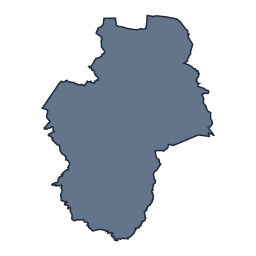 outline of Cotija, Michoacán, Mexico
{"feature_id": "50627088B95001723612139", "entity_name": "Cotija", "entity_type": "district", "adm_level": 2, "iso_a3": "MEX", "parent_name": "Mexico", "parent_adm1": "Michoacán", "projection": "albers", "projection_center": [-102.699, 19.751], "detail": "fine", "context": "isolated", "style": "filled", "palette": "slate", "viewbox_px": 256, "rotation_deg": 0, "n_neighbors": 0, "source": "geoboundaries", "source_scale": "gbopen_adm2", "svg_char_len": 5714}
<svg xmlns="http://www.w3.org/2000/svg" viewBox="0 0 256 256"><path d="M114.7,240.2L116.0,240.1L116.5,240.6L117.7,240.6L117.8,240.2L117.3,239.2L117.7,238.9L119.3,238.6L120.0,239.1L120.8,239.1L121.6,238.8L122.4,237.9L124.0,238.6L125.2,238.7L127.1,238.3L127.9,239.0L128.2,237.6L129.2,237.6L129.8,237.2L134.0,233.2L134.1,232.2L134.7,231.8L134.7,231.0L135.8,230.0L135.4,228.4L135.8,228.1L136.8,228.5L137.7,227.7L139.0,227.8L139.6,225.8L140.9,225.8L141.1,224.0L141.9,223.5L141.9,221.4L143.0,221.6L145.0,220.3L145.2,218.5L145.7,218.2L145.0,216.5L145.3,216.0L144.3,212.3L145.3,211.3L145.7,210.5L146.8,210.4L146.8,209.9L146.2,209.1L147.5,207.7L147.5,206.9L149.6,204.8L150.1,205.0L150.8,203.8L150.7,203.4L150.9,203.1L152.3,201.6L152.0,200.4L153.2,199.4L152.8,198.1L152.9,197.4L153.4,196.8L153.1,194.4L152.5,193.6L152.5,192.7L151.8,192.2L151.8,191.4L152.2,190.5L152.8,190.1L152.4,189.9L152.3,189.3L152.6,189.0L152.6,188.3L153.4,185.8L153.1,184.3L153.8,184.0L155.0,183.0L155.3,182.6L155.5,181.5L155.2,180.1L154.2,179.4L154.1,179.0L154.3,178.1L153.8,177.7L153.9,176.8L153.5,175.3L153.5,173.6L154.6,171.7L155.5,171.0L156.5,170.6L160.7,164.0L160.2,163.8L159.7,163.1L159.3,161.8L159.3,160.0L157.4,158.6L156.2,156.7L155.6,154.5L155.5,151.6L155.2,150.9L156.3,150.6L160.7,150.6L161.8,150.3L163.2,151.1L164.2,150.9L164.7,150.1L167.5,148.1L168.1,146.6L168.5,144.6L169.7,144.4L171.8,145.2L172.8,145.4L174.4,145.0L197.4,135.3L198.7,135.0L209.3,136.4L208.5,133.1L211.8,134.2L213.1,135.1L213.7,135.2L212.5,133.2L208.2,127.7L210.5,126.5L212.3,123.8L212.2,121.7L210.6,118.6L210.6,112.9L211.2,112.9L208.1,111.3L206.6,109.5L206.6,108.0L205.7,105.8L203.3,103.0L203.7,98.8L202.0,94.5L202.5,94.5L202.5,93.6L208.2,93.3L208.8,91.4L208.0,90.5L205.7,90.0L205.3,89.6L204.5,88.6L197.8,86.4L197.8,86.1L198.5,84.3L198.8,83.7L199.3,83.4L197.4,83.1L197.1,82.2L196.7,81.5L197.0,81.3L196.5,80.7L196.2,79.5L197.0,79.0L197.2,78.3L198.1,77.3L198.1,76.7L198.6,76.3L198.6,75.5L199.1,73.8L199.1,73.4L198.0,73.1L198.2,72.3L198.0,70.9L196.4,70.8L196.4,70.3L195.4,69.5L195.3,68.8L193.8,68.8L192.3,67.3L192.2,67.0L191.4,66.7L189.7,65.4L185.8,63.7L183.9,63.2L187.6,61.0L187.5,59.2L187.9,58.1L188.8,56.9L189.2,55.6L190.3,54.6L190.5,53.8L190.7,51.0L192.7,44.3L189.4,39.2L188.0,36.4L188.4,35.3L188.2,35.0L189.1,34.4L189.0,34.1L187.9,34.0L187.8,32.8L187.5,31.9L187.8,31.0L187.6,30.4L185.9,29.3L179.8,21.2L179.2,21.4L178.3,20.1L176.6,18.9L165.6,16.8L156.0,15.8L153.8,16.5L148.3,15.7L147.3,15.4L147.3,16.5L147.0,17.0L147.0,20.7L146.5,23.8L146.5,26.5L145.9,27.3L146.1,28.1L144.9,28.9L143.0,29.4L141.5,28.6L136.6,29.9L127.2,28.4L122.3,26.9L119.4,26.6L116.4,25.5L115.4,18.2L104.0,18.3L103.2,24.6L101.0,26.7L98.1,28.1L98.2,28.6L96.6,31.6L96.2,33.3L99.7,35.8L101.6,36.4L101.2,38.2L101.4,38.8L102.2,39.1L102.3,39.9L101.5,40.7L101.0,41.7L101.4,43.4L101.5,46.9L102.0,47.8L102.8,48.6L103.7,50.2L104.7,51.3L104.7,52.3L104.4,52.7L102.7,54.1L101.9,54.4L101.9,55.0L101.3,56.3L101.4,56.6L95.7,58.7L91.4,66.2L90.3,66.2L89.6,66.6L88.8,66.3L88.6,66.4L89.6,67.4L89.7,67.9L91.2,67.9L92.1,69.4L91.7,69.7L92.0,70.2L92.8,70.3L92.7,70.4L93.2,70.7L94.3,71.0L94.4,71.3L94.4,73.4L95.8,74.7L95.4,75.4L97.0,76.5L98.5,78.7L98.2,79.4L98.3,80.0L96.6,80.0L96.6,80.6L94.7,81.2L94.7,81.8L94.3,82.9L94.1,82.7L92.7,82.9L91.3,82.2L90.9,82.3L90.8,81.3L90.5,81.2L90.1,81.7L88.7,81.8L88.1,81.6L87.5,81.8L87.3,81.4L85.3,84.4L84.7,84.8L84.6,85.9L83.3,85.5L82.0,84.3L80.5,84.9L78.8,85.0L77.9,84.3L77.1,84.8L76.6,84.3L76.7,84.1L75.1,83.5L73.7,82.4L70.7,82.4L69.9,81.7L69.2,82.2L68.7,82.1L67.8,81.4L67.4,80.7L66.5,80.3L65.8,80.6L64.9,81.7L64.0,81.9L61.3,81.3L61.0,81.5L61.0,82.0L59.9,82.4L42.3,108.2L47.0,109.7L47.7,111.1L47.5,113.0L46.6,115.7L46.7,116.8L47.3,118.4L49.6,120.9L49.9,121.8L49.4,122.8L48.6,122.9L47.6,124.3L45.8,126.3L45.7,127.0L44.3,127.6L44.1,128.1L44.5,129.0L45.9,129.2L47.3,129.0L48.2,128.3L50.1,127.9L52.3,126.8L53.2,127.4L53.0,129.6L53.3,130.4L54.1,131.0L54.1,131.5L53.6,131.3L53.2,132.1L52.0,132.3L51.1,132.9L50.6,133.6L49.4,134.1L49.4,133.9L48.9,134.2L48.4,135.6L50.4,136.2L50.6,136.1L51.1,136.4L51.5,137.4L52.5,137.7L52.2,138.6L52.6,138.9L52.2,139.4L52.5,140.3L54.0,141.6L57.1,144.7L58.9,145.0L59.0,145.8L59.6,146.4L60.0,147.3L59.8,149.6L60.1,150.6L61.4,153.0L62.8,154.4L64.1,155.1L65.2,156.1L65.3,156.6L66.0,156.8L65.7,159.0L66.1,159.2L66.2,159.7L66.1,160.0L66.9,160.0L68.4,160.8L68.5,161.3L69.6,162.9L69.5,164.8L69.2,165.4L68.9,165.5L68.5,166.6L67.7,167.5L67.9,167.9L68.5,168.3L68.3,169.7L66.2,170.0L62.9,172.9L63.2,173.7L63.0,173.9L61.3,174.7L62.5,175.9L59.6,177.0L59.4,177.4L59.1,177.5L58.8,178.0L58.9,178.4L58.2,179.2L58.0,181.5L57.6,182.4L56.3,182.7L55.6,182.6L52.8,183.7L51.9,184.8L52.3,185.3L53.4,185.3L54.4,184.8L55.6,184.8L55.9,185.3L55.6,185.9L56.1,186.1L56.9,185.4L58.9,185.9L60.5,185.6L61.2,185.0L62.1,186.1L61.6,187.2L61.0,187.9L62.1,189.9L61.9,192.2L61.2,193.2L60.7,194.8L60.7,196.4L61.5,197.4L61.1,199.9L61.3,200.6L63.1,200.8L64.8,202.0L66.3,201.3L67.0,201.7L66.8,202.3L64.8,203.6L64.6,204.6L65.8,205.1L67.7,205.2L68.4,205.8L68.5,206.4L67.6,208.1L68.3,208.8L69.4,207.6L70.2,207.5L70.5,208.2L70.2,210.6L70.5,211.7L71.1,212.1L71.3,213.4L72.1,215.1L72.1,216.6L71.8,218.0L71.8,218.9L72.2,219.3L72.7,219.5L72.8,219.9L73.8,220.7L76.1,220.3L77.2,219.7L78.9,220.0L79.2,219.7L83.3,220.0L83.6,220.3L84.6,222.0L87.0,222.2L87.1,222.6L88.3,223.4L88.2,224.0L87.3,224.7L87.1,225.7L88.3,225.5L88.7,226.0L88.6,227.5L91.4,229.5L92.6,231.0L99.8,229.3L104.5,230.2L105.8,230.8L105.9,231.6L107.6,230.7L108.0,231.6L107.8,233.1L109.3,232.9L109.9,233.2L110.7,232.6L111.4,232.5L111.8,233.2L112.2,233.0L112.7,233.5L111.2,234.7L111.7,236.1L111.9,236.4L113.6,236.2L113.8,236.7L113.2,237.4L113.4,237.8L114.5,238.0L114.7,238.3L114.5,239.3L114.7,240.2Z" fill="#64748b" stroke="#1e293b" stroke-width="1.5"/></svg>